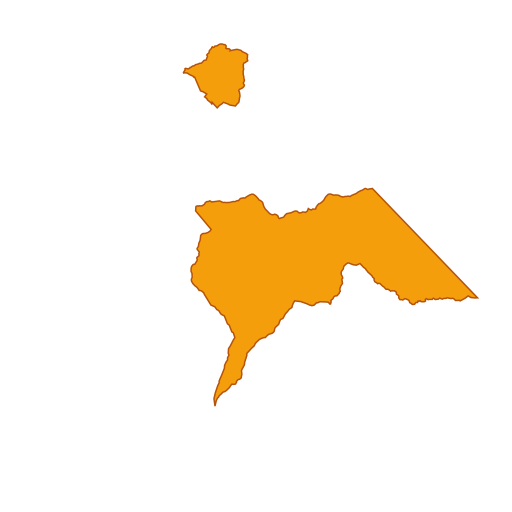 the district of Heredia, Heredia, Costa Rica, rotated 136°
{"feature_id": "36466004B27145305633617", "entity_name": "Heredia", "entity_type": "district", "adm_level": 2, "iso_a3": "CRI", "parent_name": "Costa Rica", "parent_adm1": "Heredia", "projection": "orthographic", "projection_center": [-84.079, 10.129], "detail": "fine", "context": "isolated", "style": "filled", "palette": "amber", "viewbox_px": 512, "rotation_deg": 136, "n_neighbors": 0, "source": "geoboundaries", "source_scale": "gbopen_adm2", "svg_char_len": 6154}
<svg xmlns="http://www.w3.org/2000/svg" viewBox="0 0 512 512"><g transform="rotate(136 256 256)"><path d="M373.2,189.5L380.2,185.9L385.3,182.6L389.8,176.5L384.8,179.7L382.3,180.5L381.0,180.5L380.1,180.9L378.7,181.0L375.9,180.9L374.7,181.1L373.9,180.8L372.5,180.1L370.6,179.8L366.5,179.8L364.7,180.3L362.4,180.6L361.2,179.2L359.6,178.1L358.8,178.5L357.9,178.6L357.1,179.3L356.0,179.5L354.8,179.5L353.3,178.7L351.4,178.6L348.3,180.8L346.1,183.6L344.4,184.4L340.6,185.5L338.8,186.6L338.2,187.3L331.4,191.0L330.8,192.0L330.0,192.3L323.2,192.7L319.6,192.6L317.8,193.4L316.1,193.7L311.4,193.6L308.3,192.5L306.7,191.6L306.1,190.9L303.1,191.0L301.2,190.8L298.1,189.2L296.2,189.0L294.8,189.4L293.0,190.8L291.6,191.2L287.2,191.1L283.2,193.1L282.1,193.2L280.5,192.5L279.9,192.4L275.0,194.0L272.3,194.1L268.9,194.6L267.3,194.2L265.7,194.1L264.4,195.1L263.4,195.4L262.7,195.9L261.3,196.4L259.9,196.6L259.4,196.9L255.4,192.0L252.3,185.7L251.6,183.6L250.8,182.5L250.4,181.5L248.4,180.3L244.8,180.3L244.2,179.5L241.8,178.7L237.1,173.8L236.2,172.6L236.0,171.0L236.3,170.8L236.3,170.5L236.2,170.0L235.7,169.7L234.1,170.6L232.9,172.0L230.4,171.8L228.8,172.4L227.5,172.5L226.2,171.9L225.6,171.2L224.2,171.2L223.2,171.4L222.2,171.3L221.1,172.0L220.0,172.0L218.6,174.1L215.6,175.6L212.8,176.2L210.3,179.8L209.1,179.8L208.7,180.2L208.2,181.2L207.5,183.5L206.1,185.1L204.5,185.7L202.4,186.0L199.9,187.6L196.5,187.6L194.7,187.2L194.2,186.6L192.1,182.1L190.2,179.7L186.4,178.3L186.5,172.9L186.0,170.9L186.4,169.7L186.5,167.5L186.7,166.8L186.4,162.9L186.4,160.9L186.8,159.9L186.6,157.7L187.3,157.2L188.1,156.0L188.4,154.8L187.8,153.1L187.8,151.6L186.7,151.1L185.9,149.9L185.9,146.9L185.5,144.6L185.6,141.7L184.3,140.6L183.8,139.2L183.6,137.2L183.0,137.0L181.1,135.3L180.6,134.6L180.3,133.5L180.3,132.3L181.4,131.1L181.1,129.4L181.1,128.1L181.4,127.7L182.4,126.8L182.8,124.6L181.6,123.5L181.1,122.5L180.4,122.2L178.7,122.0L177.9,121.0L176.9,118.3L176.9,117.7L177.6,116.1L177.8,115.4L177.3,114.2L177.3,112.8L177.1,112.4L175.4,111.1L174.6,111.4L173.1,111.4L172.2,110.4L171.8,110.4L170.9,111.1L170.0,110.1L169.0,109.9L169.0,108.6L168.7,108.2L167.7,107.1L166.3,106.0L165.3,105.9L164.6,107.0L163.2,107.1L162.5,105.0L161.9,104.8L159.3,102.3L158.3,102.5L157.6,102.3L157.3,100.2L154.8,98.3L153.0,98.1L152.7,97.0L152.0,95.6L150.2,94.9L148.9,93.6L147.5,93.1L145.3,89.9L143.8,88.9L143.4,87.7L143.4,85.4L140.4,82.7L140.4,81.9L135.1,80.4L131.0,79.9L130.3,76.9L127.7,73.8L125.7,72.0L125.4,223.8L126.6,224.5L127.5,225.3L129.4,226.2L130.2,228.4L130.9,228.9L134.2,229.6L135.1,230.2L138.8,231.2L139.9,231.2L141.2,231.6L145.2,233.2L147.0,233.4L147.4,234.2L148.3,235.2L149.7,236.1L150.6,237.0L152.3,237.9L153.7,240.0L154.3,242.2L156.2,244.5L157.8,245.7L159.0,248.2L159.9,249.4L161.3,250.2L164.9,250.1L168.8,249.0L171.9,249.1L173.7,249.4L174.3,249.9L176.3,249.9L179.0,249.3L180.3,248.4L181.3,249.0L182.6,250.4L184.1,250.6L184.5,251.2L185.1,252.4L185.4,253.8L187.7,252.7L190.2,253.0L191.0,254.4L191.9,255.3L193.4,255.7L194.6,256.6L195.2,257.8L195.3,259.6L196.0,260.6L197.2,261.5L200.6,262.7L204.6,265.2L207.4,265.2L208.3,264.8L208.9,264.8L209.9,265.1L211.4,266.0L212.9,266.5L213.2,266.8L213.2,268.0L212.4,269.6L212.6,271.4L213.5,273.1L214.4,273.4L215.6,274.3L216.4,275.7L216.7,277.3L216.7,283.3L216.0,286.1L214.1,289.8L214.0,290.7L214.3,292.9L214.9,294.4L214.6,295.6L214.5,298.8L214.7,300.6L215.1,302.3L216.1,303.4L218.2,304.3L221.7,305.2L223.8,305.4L224.7,306.6L227.3,308.2L230.3,308.0L230.6,308.5L231.1,308.9L233.3,309.7L234.7,311.1L237.7,312.8L240.6,315.4L241.4,316.5L242.5,317.3L243.9,320.9L250.3,325.6L250.9,327.8L252.3,328.2L253.6,329.3L255.0,329.6L255.6,329.6L256.6,329.1L258.0,329.1L258.7,329.4L259.6,329.4L261.1,330.5L262.1,331.7L262.9,332.0L263.4,332.8L264.5,333.3L265.0,333.2L268.1,330.4L269.8,306.3L271.8,305.9L274.3,306.3L276.6,307.4L278.7,309.1L279.4,309.3L281.0,309.3L281.9,309.0L282.4,308.4L285.5,306.0L288.1,305.0L290.8,302.9L293.1,302.4L293.6,301.8L293.8,301.0L294.0,298.2L295.5,297.4L296.5,296.0L297.2,295.8L299.5,296.0L300.1,295.5L300.8,294.2L301.8,293.6L305.0,292.8L305.4,292.6L305.9,292.6L306.4,293.2L307.3,293.5L309.1,293.3L310.4,292.8L312.0,291.5L313.4,290.0L314.2,287.8L315.2,286.8L315.8,286.0L316.9,284.9L318.4,284.3L319.2,283.7L320.0,282.3L320.6,279.8L320.6,276.5L320.3,275.5L320.3,273.7L320.8,270.7L319.9,269.6L319.4,268.5L319.2,265.7L319.8,264.3L322.5,252.0L320.9,248.1L321.4,244.8L320.9,243.1L320.8,242.0L321.4,239.7L321.5,238.1L320.4,234.9L323.6,227.1L323.3,224.9L326.1,218.2L325.6,216.6L327.9,212.0L330.4,211.4L337.2,209.1L340.0,208.5L343.5,205.4L344.2,203.6L347.3,202.5L348.6,201.0L351.5,200.4L354.6,199.1L356.7,197.2L364.5,193.7L366.8,192.8L369.3,191.7L370.7,190.3L373.2,189.5ZM176.5,427.1L176.4,427.3L175.9,427.2L181.2,413.3L179.9,410.7L178.9,406.7L182.4,406.2L182.0,403.5L182.5,402.0L182.0,397.7L182.2,396.0L181.8,396.1L180.8,397.0L181.0,389.5L177.8,389.7L174.4,389.1L172.7,389.2L170.6,384.9L169.9,382.7L166.6,378.2L164.4,378.5L161.8,378.5L161.0,378.8L160.2,379.6L159.5,379.9L158.5,380.9L157.1,381.6L155.9,382.8L154.1,385.3L153.5,387.0L152.2,387.4L150.5,386.7L148.9,386.3L147.1,386.3L146.0,386.7L145.6,387.1L145.4,388.3L145.0,389.2L143.2,389.9L142.1,390.6L141.4,392.1L140.0,393.8L139.0,395.6L138.4,396.1L137.0,397.8L134.9,399.1L134.1,400.6L133.0,401.5L132.2,402.6L130.7,403.2L129.3,402.6L127.7,402.5L126.9,402.2L126.3,402.2L126.0,402.6L125.4,404.1L124.3,404.7L122.9,406.2L122.2,406.5L122.3,408.3L123.9,412.5L124.0,414.4L125.0,416.0L125.4,416.9L126.5,418.2L131.9,421.6L131.5,421.7L131.3,422.0L131.3,423.4L132.3,424.8L133.1,425.4L133.3,426.6L132.3,427.1L131.5,427.9L131.4,429.1L131.6,429.8L132.2,430.1L132.8,431.6L134.0,433.0L135.3,433.7L138.0,434.3L140.0,435.6L140.6,435.3L141.4,435.4L141.7,435.6L142.1,436.8L142.9,436.8L143.6,436.3L146.9,436.1L148.8,434.8L150.5,435.0L151.8,434.8L152.0,433.6L152.5,433.1L154.3,432.4L155.1,431.8L155.7,431.6L157.5,432.8L161.2,432.6L162.9,433.9L164.3,434.3L166.5,435.6L168.3,435.8L169.7,436.7L171.8,437.0L172.3,437.4L173.1,437.2L174.9,437.8L176.3,439.9L177.2,440.0L177.3,439.6L177.8,439.1L180.7,438.4L180.9,437.8L180.1,437.4L178.4,435.4L177.7,432.4L176.4,429.2L176.5,427.1Z" fill="#f59e0b" stroke="#b45309" stroke-width="1.5"/></g></svg>